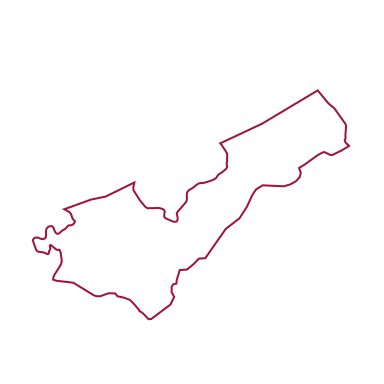 SVG path tracing the border of HaMerkaz, rotated 49°
{"feature_id": "ISR-3055", "entity_name": "HaMerkaz", "entity_type": "District", "adm_level": 1, "iso_a3": "ISR", "parent_name": "Israel", "parent_adm1": "", "projection": "equal_earth", "projection_center": [34.823, 32.087], "detail": "fine", "context": "isolated", "style": "outline", "palette": "rose", "viewbox_px": 384, "rotation_deg": 49, "n_neighbors": 0, "source": "natural_earth", "source_scale": "10m", "svg_char_len": 3160}
<svg xmlns="http://www.w3.org/2000/svg" viewBox="0 0 384 384"><g transform="rotate(49 192 192)"><path d="M260.3,43.2L258.8,51.8L256.0,62.2L254.6,63.4L249.6,65.5L248.1,66.6L246.6,73.0L245.2,88.9L244.1,95.5L248.8,97.2L251.4,100.9L252.1,106.3L250.8,112.7L248.0,118.9L233.3,134.3L232.1,141.9L233.8,148.4L239.2,160.3L243.0,173.4L242.0,190.8L250.7,225.5L246.8,230.4L247.5,239.1L247.2,246.7L242.9,252.5L248.5,261.4L250.9,263.8L249.4,266.7L250.1,269.4L254.2,273.1L259.4,274.2L262.8,282.1L261.1,306.1L259.5,308.2L250.5,308.7L247.5,309.8L245.1,309.3L237.1,309.3L232.5,309.7L226.5,313.1L221.9,316.6L218.2,316.5L214.3,320.7L213.3,322.2L210.5,329.7L208.1,332.3L205.8,333.8L182.6,341.1L170.1,352.5L167.0,354.3L166.5,353.8L165.5,352.6L164.9,351.5L164.1,349.6L161.5,340.9L160.6,338.4L159.3,336.3L158.1,335.2L151.7,330.9L149.8,330.2L148.6,329.9L147.5,331.5L146.6,332.1L140.3,333.2L139.2,333.6L139.0,334.2L139.4,334.7L140.0,335.1L140.7,335.4L141.4,335.8L142.0,336.3L142.4,337.1L142.7,338.0L143.0,338.7L143.4,339.5L144.0,340.0L144.4,340.6L144.4,341.3L143.9,342.1L141.7,342.8L140.2,343.7L136.3,347.1L134.9,347.7L133.2,347.5L124.1,343.9L123.8,343.5L123.6,342.9L123.5,342.4L123.3,341.7L123.5,340.8L123.8,340.0L124.2,339.4L124.7,338.8L125.9,337.9L128.1,336.8L128.7,336.4L129.3,335.9L129.8,335.3L130.2,334.5L130.4,333.7L130.5,332.9L130.3,332.2L128.7,330.3L126.2,328.3L125.1,327.1L124.4,326.1L124.2,325.6L124.1,324.8L124.0,324.0L124.1,323.2L124.2,322.6L124.4,322.1L125.0,321.1L125.3,320.7L125.8,320.3L126.5,320.0L127.4,319.9L129.0,320.3L131.2,321.2L132.8,321.5L133.4,321.6L134.1,321.5L134.8,321.3L135.3,320.9L135.8,320.2L136.0,319.3L136.0,315.0L136.4,313.3L136.6,312.4L136.7,311.5L136.3,308.4L136.2,307.6L136.4,306.9L136.8,306.3L137.8,305.0L138.2,304.1L138.4,302.9L138.0,300.6L137.4,299.7L136.6,299.4L135.8,299.6L134.7,299.6L133.1,299.4L130.0,298.0L128.3,297.6L126.7,297.6L126.0,298.0L122.7,299.1L121.2,299.7L131.5,273.1L138.7,260.4L147.0,229.3L150.4,233.7L152.3,235.0L164.5,236.8L172.3,237.0L173.6,236.7L174.9,236.2L175.2,236.0L175.3,236.0L175.3,235.9L181.1,229.0L181.4,228.4L182.0,227.8L183.1,226.9L185.4,225.4L186.8,225.0L187.9,224.9L188.6,225.3L189.2,225.7L190.7,227.6L192.2,229.0L193.2,229.4L194.9,229.0L201.6,225.9L203.3,224.5L204.1,223.2L204.0,222.3L203.7,221.6L203.5,221.2L202.6,220.2L202.0,219.7L198.6,217.8L198.0,217.3L197.7,216.6L197.5,215.8L195.8,203.8L195.5,202.9L195.2,202.1L194.8,201.4L193.8,200.3L192.0,198.9L191.4,198.3L190.3,197.4L189.9,197.0L189.6,196.7L189.3,196.1L189.0,195.4L188.8,194.5L188.6,193.5L188.6,192.6L189.0,190.7L189.4,189.0L189.6,183.9L189.9,181.7L190.3,180.6L192.8,177.1L193.6,175.6L196.2,169.6L197.2,165.7L197.2,164.6L197.0,163.6L196.3,161.4L196.2,160.7L196.3,159.6L196.6,157.9L196.9,155.8L196.9,152.0L196.9,151.0L196.6,150.1L196.3,149.3L195.8,148.8L193.8,147.6L193.2,147.1L192.7,146.6L191.8,145.2L190.0,143.8L187.8,141.7L187.1,141.1L185.8,140.4L184.1,139.9L176.1,138.8L173.8,138.8L186.4,94.4L197.8,30.5L198.0,30.5L213.5,30.9L217.9,30.5L218.7,30.2L222.4,29.7L241.2,31.5L242.5,32.0L244.0,33.1L250.1,39.3L251.3,40.1L252.1,40.8L252.5,41.6L252.9,42.3L253.3,43.0L255.9,43.7L260.1,43.2L260.3,43.2Z" fill="none" stroke="#9f1239" stroke-width="2"/></g></svg>